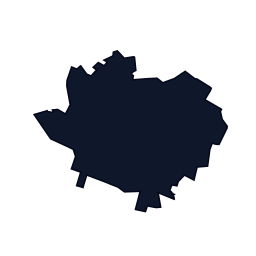 outline of Villa Hidalgo, Sonora, Mexico, rotated 291°
{"feature_id": "50627088B23816586948546", "entity_name": "Villa Hidalgo", "entity_type": "district", "adm_level": 2, "iso_a3": "MEX", "parent_name": "Mexico", "parent_adm1": "Sonora", "projection": "equal_earth", "projection_center": [-109.382, 30.253], "detail": "fine", "context": "isolated", "style": "filled", "palette": "ink", "viewbox_px": 256, "rotation_deg": 291, "n_neighbors": 0, "source": "geoboundaries", "source_scale": "gbopen_adm2", "svg_char_len": 2100}
<svg xmlns="http://www.w3.org/2000/svg" viewBox="0 0 256 256"><g transform="rotate(291 128 128)"><path d="M179.0,208.6L182.0,189.9L182.4,189.7L184.1,190.0L192.5,191.5L193.3,191.5L195.0,191.5L195.7,189.3L196.8,183.6L198.5,174.9L198.0,172.8L200.0,165.8L201.4,161.1L198.0,158.6L195.5,156.9L190.7,153.5L187.1,149.3L182.7,144.3L184.9,137.3L181.3,129.1L174.7,115.1L178.9,114.2L178.9,112.9L180.9,111.6L183.9,114.1L184.6,114.7L196.5,108.7L196.5,107.6L191.8,99.5L196.2,90.4L193.6,87.1L189.9,88.1L182.7,81.2L182.2,85.0L177.6,83.4L178.5,76.8L172.2,73.7L170.6,78.4L169.4,77.2L163.4,74.9L163.5,70.1L169.1,61.6L168.5,61.1L164.7,59.2L164.8,53.5L150.7,54.0L145.3,55.8L130.5,64.8L129.2,65.7L118.7,64.6L120.1,55.6L117.7,50.9L117.4,51.2L117.3,51.5L117.1,51.7L117.1,51.9L117.0,52.1L117.0,52.3L116.9,52.4L116.7,52.6L116.4,52.6L116.2,52.4L116.0,52.1L115.8,51.9L115.6,51.6L115.4,51.4L115.2,50.2L115.0,49.4L114.8,48.5L114.4,46.1L115.0,46.1L106.9,35.5L90.2,59.7L89.1,76.3L88.5,84.5L82.5,89.3L69.5,89.8L69.8,99.7L69.2,99.7L55.7,100.7L56.2,105.4L56.2,107.3L57.6,107.2L69.3,106.3L69.4,121.2L69.4,122.6L69.2,140.0L67.1,147.6L73.2,162.0L62.9,163.2L54.6,164.1L56.2,174.3L62.2,174.0L62.6,176.4L63.8,182.8L65.8,186.9L78.4,179.3L78.0,196.7L78.4,196.7L78.5,196.6L78.5,196.4L78.7,196.2L78.9,196.1L79.2,196.1L79.4,196.0L79.4,195.9L79.5,195.7L79.8,195.6L80.0,195.6L80.1,195.3L80.2,195.2L80.4,195.1L80.5,194.8L80.6,194.6L80.8,194.5L81.0,194.4L81.3,194.4L81.6,194.5L81.9,194.6L82.0,194.7L82.2,194.8L82.3,194.9L82.4,195.0L82.5,195.1L82.6,194.7L82.5,194.2L82.5,193.9L82.6,193.7L82.8,193.5L82.7,193.4L82.5,193.1L82.4,192.7L82.4,192.3L82.3,192.1L82.5,191.8L82.8,191.9L83.1,191.9L83.3,192.1L83.4,191.9L83.5,191.8L83.7,191.7L83.9,191.4L83.9,191.2L84.0,191.0L84.1,190.8L84.1,190.5L84.2,190.4L84.4,190.1L84.5,189.8L84.6,189.7L84.8,189.5L84.9,189.4L85.2,189.3L90.6,189.4L91.5,194.4L96.1,194.1L104.2,197.6L103.0,208.3L116.3,206.5L120.9,216.0L130.6,213.7L137.3,212.1L140.5,212.1L144.0,212.1L144.0,212.4L144.3,215.9L145.3,218.9L163.3,220.5L165.2,220.0L169.9,212.8L176.5,208.4L179.0,208.6Z" fill="#0f172a" stroke="#020617" stroke-width="1.5"/></g></svg>